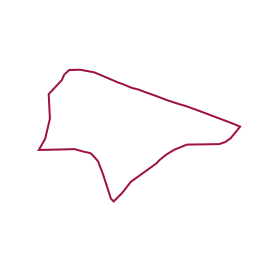 San Andrés Xecul, Totonicapán, Guatemala (Albers equal-area conic projection), rotated 132°
{"feature_id": "79465075B53537343705712", "entity_name": "San Andrés Xecul", "entity_type": "district", "adm_level": 2, "iso_a3": "GTM", "parent_name": "Guatemala", "parent_adm1": "Totonicapán", "projection": "albers", "projection_center": [-91.498, 14.912], "detail": "fine", "context": "isolated", "style": "outline", "palette": "rose", "viewbox_px": 256, "rotation_deg": 132, "n_neighbors": 0, "source": "geoboundaries", "source_scale": "gbopen_adm2", "svg_char_len": 649}
<svg xmlns="http://www.w3.org/2000/svg" viewBox="0 0 256 256"><g transform="rotate(132 128 128)"><path d="M131.1,211.1L136.7,209.2L155.9,209.6L173.3,192.3L191.5,182.3L204.0,179.6L194.8,169.8L179.4,153.5L175.3,145.2L171.9,139.3L171.8,136.1L172.8,127.9L179.0,115.8L188.3,99.7L191.9,93.6L192.2,89.5L179.9,88.9L166.1,89.9L135.3,83.2L130.4,83.1L121.9,81.7L113.2,79.1L100.9,73.1L78.9,49.4L73.5,46.4L67.2,44.9L58.0,45.3L52.0,45.6L55.0,54.2L66.5,83.6L72.8,99.3L76.1,106.1L80.9,116.9L85.1,127.8L89.8,139.2L92.4,145.9L95.7,152.1L98.9,161.3L100.7,165.5L109.2,190.3L116.7,202.5L124.2,210.5L131.1,211.1Z" fill="none" stroke="#9f1239" stroke-width="2"/></g></svg>